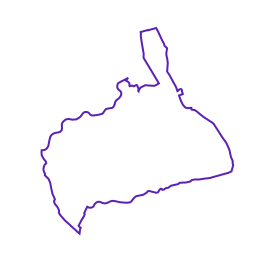 Rafael Lucio, Veracruz, Mexico (orthographic projection), rotated 255°
{"feature_id": "50627088B78705285739892", "entity_name": "Rafael Lucio", "entity_type": "district", "adm_level": 2, "iso_a3": "MEX", "parent_name": "Mexico", "parent_adm1": "Veracruz", "projection": "orthographic", "projection_center": [-96.981, 19.6], "detail": "fine", "context": "isolated", "style": "outline", "palette": "violet", "viewbox_px": 256, "rotation_deg": 255, "n_neighbors": 0, "source": "geoboundaries", "source_scale": "gbopen_adm2", "svg_char_len": 4260}
<svg xmlns="http://www.w3.org/2000/svg" viewBox="0 0 256 256"><g transform="rotate(255 128 128)"><path d="M64.9,220.0L67.4,220.0L68.6,220.6L73.7,219.9L80.3,220.3L83.9,219.8L88.3,219.1L88.5,219.0L89.6,218.6L91.6,217.8L94.2,216.8L96.7,216.0L101.8,214.4L103.7,213.8L107.6,212.5L109.8,211.9L111.4,210.8L112.9,209.4L118.7,204.2L118.8,204.0L122.1,201.6L124.8,199.7L126.5,198.5L128.1,197.0L128.5,196.0L129.4,194.1L131.1,194.4L131.6,191.3L132.6,189.1L133.6,188.3L135.1,187.6L135.8,187.2L137.6,186.7L138.3,186.6L139.6,186.3L141.9,186.0L143.2,185.9L144.5,185.8L146.2,185.7L146.2,185.9L146.3,186.6L146.6,189.7L148.4,189.7L148.9,189.6L149.2,189.6L149.6,189.7L149.8,189.7L150.2,189.8L150.9,189.8L151.6,189.6L151.8,189.4L151.9,188.9L152.0,187.6L151.5,186.5L151.1,186.0L150.9,185.7L150.8,185.3L155.1,185.0L162.0,183.3L163.3,183.0L168.0,181.9L172.4,180.4L180.3,183.2L184.5,183.8L187.5,183.9L189.9,184.2L195.0,186.4L197.9,184.6L200.6,184.5L202.9,183.9L205.2,183.4L212.4,182.2L217.3,181.1L217.2,172.8L217.5,172.7L217.4,165.0L215.9,164.9L215.4,164.7L213.2,164.1L212.9,164.1L212.2,164.0L211.9,164.0L208.9,163.6L207.8,163.5L207.1,163.4L197.4,162.5L197.0,162.5L196.0,162.4L191.7,161.2L189.3,161.9L176.1,165.7L175.4,165.9L169.7,167.5L163.1,169.4L162.1,165.9L162.0,164.8L162.0,164.1L162.6,162.2L164.8,155.9L164.8,155.5L164.7,154.8L163.8,150.6L163.7,150.4L162.7,149.4L161.9,148.5L160.6,147.7L161.0,147.5L161.8,147.7L162.4,148.0L162.6,148.1L163.1,148.5L163.5,148.6L163.8,148.3L164.3,148.1L164.9,148.0L165.3,148.0L165.6,148.1L166.4,148.0L167.1,147.7L167.3,147.3L167.3,146.7L166.8,144.8L166.8,144.2L167.2,143.8L167.7,143.3L168.0,142.5L168.0,141.9L167.8,141.5L167.8,141.1L167.9,140.8L167.9,140.5L168.0,140.4L168.4,140.4L168.9,140.4L169.4,140.6L170.5,140.9L171.1,140.8L171.5,140.6L172.3,140.2L173.2,139.5L174.3,138.2L174.6,138.0L174.8,137.9L175.2,139.2L175.9,140.4L176.6,141.1L176.0,139.9L175.3,136.6L175.1,135.3L174.0,130.5L173.5,129.8L172.5,129.0L170.7,128.3L170.0,128.2L168.8,128.3L167.9,128.6L166.6,129.5L165.8,130.0L164.4,130.6L163.4,130.5L162.0,130.1L161.0,129.4L160.9,129.2L159.7,127.9L158.8,126.5L158.3,124.9L157.4,123.3L156.2,122.3L154.1,121.1L152.4,119.7L151.5,118.0L151.7,116.4L151.7,116.0L152.0,113.5L151.9,111.5L151.8,111.3L150.9,110.0L149.0,108.0L148.5,107.0L148.4,106.1L148.4,103.4L148.5,102.1L148.8,99.5L149.3,96.8L149.7,95.9L150.2,95.4L151.1,94.8L152.6,94.1L153.5,93.3L154.1,92.3L154.5,90.8L154.5,89.7L154.1,88.8L153.5,87.7L152.7,87.0L152.0,86.0L151.4,85.1L150.9,84.2L150.6,83.4L150.4,82.6L150.1,81.6L149.7,80.4L150.3,77.3L150.4,76.5L152.1,73.0L152.1,72.8L152.4,70.3L151.4,67.9L150.1,65.9L148.3,64.9L145.3,64.3L143.2,63.5L142.1,61.9L141.9,61.7L141.8,59.5L141.8,59.3L142.1,56.1L142.1,55.8L141.6,53.6L141.4,52.9L139.8,50.7L139.4,50.6L136.5,48.9L135.0,48.2L134.6,48.0L133.7,47.6L133.0,47.2L131.0,46.2L129.0,43.9L128.4,41.6L128.8,38.8L127.1,38.2L123.9,37.6L122.9,37.8L122.4,37.9L121.9,38.1L119.3,38.8L117.1,39.9L115.9,39.9L115.1,39.9L113.8,37.7L112.0,36.5L110.0,35.6L108.8,35.5L108.0,35.5L107.6,35.5L105.1,36.0L103.9,35.4L99.3,38.1L99.0,38.1L98.4,38.2L96.9,38.4L96.7,38.5L95.1,38.7L91.8,38.4L89.4,38.2L88.7,38.2L85.7,38.1L84.1,38.0L83.4,38.0L80.7,38.6L78.0,38.9L77.8,38.9L76.9,37.8L75.4,37.5L73.6,37.7L73.1,37.9L70.7,39.1L68.2,39.8L67.5,39.8L66.1,40.0L64.0,39.3L61.2,40.1L56.6,42.4L55.3,43.0L55.1,43.1L54.5,43.5L49.3,46.9L48.1,47.6L46.2,48.9L45.9,49.0L44.6,49.9L42.3,51.4L40.6,52.4L38.5,53.8L42.8,55.6L43.7,56.3L44.0,56.5L45.1,55.4L46.4,55.0L47.7,56.2L49.2,57.6L50.0,58.3L50.8,59.1L52.9,61.2L53.7,62.1L54.1,62.6L56.0,63.9L57.2,63.7L58.5,64.8L61.0,67.0L62.5,68.3L61.2,69.7L60.7,71.1L60.6,72.6L61.1,74.3L63.2,76.2L64.3,78.3L64.5,80.0L63.9,81.9L62.2,83.9L61.2,85.9L61.0,88.2L61.5,90.9L61.7,92.4L61.8,93.7L60.5,97.1L58.7,100.3L57.3,104.0L56.1,107.5L55.7,110.3L56.1,112.1L58.4,115.0L59.7,117.3L60.0,118.8L59.8,121.8L59.6,125.7L59.8,126.2L60.2,127.5L60.8,129.4L61.7,130.6L61.7,132.1L58.1,138.6L58.1,140.2L59.6,141.9L60.9,143.6L60.6,144.7L59.4,145.2L59.2,146.8L60.1,148.7L59.9,151.4L61.1,154.6L61.0,158.0L60.8,161.9L61.7,163.4L61.2,166.2L60.4,169.5L60.2,174.3L61.2,176.2L61.0,179.1L59.9,183.2L59.8,183.8L59.6,186.1L59.2,189.4L59.2,189.6L58.5,194.1L58.6,196.9L58.6,201.3L58.7,207.9L58.7,213.4L58.8,213.8L59.3,216.7L64.9,220.0Z" fill="none" stroke="#5b21b6" stroke-width="2"/></g></svg>